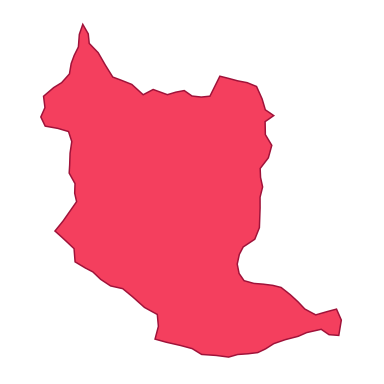 Queimados, Rio de Janeiro, Brazil (Natural Earth projection), rotated 272°
{"feature_id": "56859067B76635524318289", "entity_name": "Queimados", "entity_type": "district", "adm_level": 2, "iso_a3": "BRA", "parent_name": "Brazil", "parent_adm1": "Rio de Janeiro", "projection": "natural_earth1", "projection_center": [-43.584, -22.731], "detail": "fine", "context": "isolated", "style": "filled", "palette": "rose", "viewbox_px": 384, "rotation_deg": 272, "n_neighbors": 0, "source": "geoboundaries", "source_scale": "gbopen_adm2", "svg_char_len": 1367}
<svg xmlns="http://www.w3.org/2000/svg" viewBox="0 0 384 384"><g transform="rotate(272 192 192)"><path d="M43.7,160.2L41.0,171.4L38.2,186.0L35.5,197.6L30.0,207.3L29.5,221.8L28.3,234.4L31.2,243.3L32.3,253.7L33.8,263.3L37.8,271.0L43.3,279.0L47.7,290.4L51.5,303.2L55.5,311.5L59.3,325.9L54.2,333.9L53.8,343.7L69.2,345.7L80.0,340.5L77.3,331.6L73.5,319.9L79.0,308.8L86.0,301.7L92.7,293.9L99.7,284.4L101.5,276.1L102.4,266.2L102.8,257.0L105.2,247.1L112.2,241.9L121.5,239.7L131.4,241.5L138.9,245.1L147.0,256.4L158.7,260.6L169.4,260.6L178.4,260.6L189.2,260.2L199.5,262.4L208.9,260.0L217.9,259.3L228.8,267.1L241.4,270.1L251.9,263.3L264.9,262.6L271.2,271.0L276.7,262.4L287.5,258.8L299.7,252.8L303.2,243.3L304.7,233.7L306.9,224.2L308.7,215.8L288.4,206.6L287.2,198.0L287.9,188.7L293.1,180.7L291.2,172.3L288.4,164.0L293.1,149.6L287.5,139.8L297.4,128.1L301.4,116.9L304.1,108.8L315.7,101.0L327.9,93.4L336.9,84.1L346.4,82.8L355.7,77.0L345.6,73.9L333.0,73.4L324.4,69.5L316.2,66.8L305.7,65.4L296.7,57.9L291.5,50.1L282.5,40.3L271.2,42.1L261.7,38.3L252.7,43.0L250.9,55.7L248.1,66.5L238.2,70.1L226.6,68.8L214.4,68.8L206.6,68.6L196.3,74.8L186.7,74.8L178.3,77.0L158.4,64.1L148.2,56.4L142.3,63.5L131.3,76.1L118.1,77.6L112.2,88.3L108.7,95.7L101.5,103.8L95.3,113.9L93.0,126.1L85.2,136.3L75.0,148.5L68.4,161.6L56.5,163.1L43.7,160.2Z" fill="#f43f5e" stroke="#9f1239" stroke-width="1.5"/></g></svg>